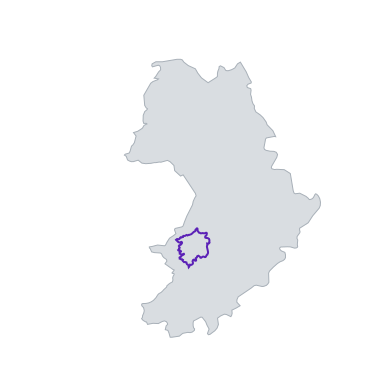 location of Kissidougou, Kissidougou, Guinea, rotated 57°
{"feature_id": "49546643B59034527585113", "entity_name": "Kissidougou", "entity_type": "district", "adm_level": 2, "iso_a3": "GIN", "parent_name": "Guinea", "parent_adm1": "Kissidougou", "projection": "natural_earth1", "projection_center": [-10.076, 9.254], "detail": "fine", "context": "in_parent", "style": "outline", "palette": "violet", "viewbox_px": 384, "rotation_deg": 57, "n_neighbors": 0, "source": "geoboundaries", "source_scale": "gbopen_adm2", "svg_char_len": 7433}
<svg xmlns="http://www.w3.org/2000/svg" viewBox="0 0 384 384"><g transform="rotate(57 192 192)"><path d="M229.8,251.6L227.1,251.2L225.9,251.8L222.3,256.6L220.2,258.5L216.9,257.9L215.7,258.2L214.8,257.7L216.0,255.0L217.7,249.8L222.1,244.4L222.2,243.3L220.4,240.2L218.5,236.0L218.5,231.4L218.2,228.2L214.3,227.3L213.6,226.7L213.5,225.6L215.6,219.9L215.8,218.8L215.5,217.8L213.2,214.9L209.4,209.5L203.0,198.5L200.6,196.2L198.4,192.8L197.5,190.7L195.1,189.9L172.8,190.1L172.4,192.9L164.7,194.9L159.9,192.7L154.6,193.9L152.1,195.4L150.1,201.8L149.0,203.2L147.8,206.1L146.8,207.7L145.6,210.8L143.1,215.3L140.5,218.3L136.0,219.8L134.6,224.6L133.5,226.4L131.8,227.7L130.0,228.6L126.3,227.7L124.2,228.6L123.9,227.4L125.1,223.6L124.1,221.7L120.6,217.8L120.3,215.9L119.2,213.4L114.6,208.4L110.3,208.7L111.5,204.5L111.5,198.9L110.0,195.9L110.4,192.7L109.6,192.9L108.2,195.1L105.8,194.4L101.1,191.1L98.8,187.8L98.5,185.1L98.0,184.0L96.5,184.6L93.6,184.5L84.6,179.7L78.3,167.4L78.1,164.6L79.1,159.8L78.9,158.5L75.9,161.7L75.4,159.6L73.1,154.6L72.5,151.8L70.3,150.5L68.6,150.3L67.3,151.2L65.5,157.0L64.2,157.0L62.8,155.7L63.1,151.4L66.6,146.0L72.5,132.4L74.5,129.3L75.9,128.2L78.6,128.1L83.9,126.3L90.5,122.1L95.5,122.4L101.4,121.9L109.1,119.0L109.2,109.8L109.0,107.8L106.3,106.0L104.7,104.4L103.3,102.3L101.6,100.9L101.7,99.4L105.1,97.4L108.3,97.5L109.3,96.7L110.1,95.4L111.0,92.1L111.3,88.6L109.3,84.0L109.4,80.7L120.7,81.1L126.9,82.1L132.0,82.3L132.8,83.1L132.1,86.3L132.7,88.2L134.5,88.7L137.3,86.5L138.8,87.0L142.0,89.7L144.9,90.5L148.1,92.0L151.1,92.8L153.8,92.7L155.9,94.3L159.6,94.8L164.5,92.8L168.3,91.9L173.7,91.7L176.5,92.4L184.7,90.8L191.2,91.7L190.2,92.8L187.2,100.1L187.6,101.4L194.1,107.6L195.7,108.0L197.4,107.2L200.3,104.3L202.5,101.2L204.6,99.7L207.1,99.8L209.1,102.0L213.8,111.2L214.9,112.3L216.1,112.3L218.1,110.6L219.1,108.6L223.5,102.5L230.1,99.5L246.0,106.4L248.4,107.0L249.7,106.4L251.7,102.3L257.7,98.8L260.6,97.9L262.2,97.8L262.8,96.6L263.1,95.0L262.8,93.2L261.0,90.1L260.9,89.2L262.0,88.6L264.2,88.2L267.2,88.5L270.5,89.8L273.2,91.8L274.8,94.1L277.7,103.7L281.1,111.3L281.0,121.5L282.5,122.5L284.1,123.0L284.9,123.8L286.5,128.0L288.0,129.2L289.9,129.5L293.3,132.2L295.5,133.2L295.8,134.0L295.7,135.1L294.9,136.6L291.6,139.4L289.9,141.8L286.5,147.5L286.5,148.6L287.2,149.4L288.6,149.5L290.1,149.1L293.2,147.0L295.6,147.8L298.0,149.4L298.9,151.0L299.1,153.2L298.5,156.1L298.5,159.2L299.3,164.6L300.5,170.0L301.7,171.9L309.6,176.7L310.4,178.4L310.8,180.4L310.2,183.2L309.4,184.7L305.1,188.9L304.4,190.9L304.8,194.6L305.1,210.4L306.8,213.0L308.8,214.4L313.6,213.6L313.4,218.0L312.8,222.9L315.6,224.4L317.0,225.9L317.7,227.3L313.4,229.9L312.1,231.4L311.5,235.5L311.7,239.3L317.5,242.0L319.8,245.1L320.8,248.4L321.2,254.6L320.6,256.0L319.1,256.1L316.2,252.3L311.6,251.9L308.2,251.2L302.6,251.7L301.7,252.8L301.0,261.0L302.4,262.4L305.0,264.0L306.8,264.6L308.3,264.4L309.4,265.5L309.6,268.2L308.9,270.2L307.4,272.0L305.5,276.8L306.0,281.1L302.8,288.1L301.9,289.4L297.7,288.1L294.9,287.6L292.9,289.4L290.2,286.6L289.7,284.5L288.7,284.1L286.8,284.1L285.1,285.3L284.4,287.5L284.0,291.9L280.9,296.2L278.8,301.4L276.3,300.9L275.7,301.6L273.1,302.9L270.8,303.3L270.2,301.9L268.8,300.8L267.3,298.5L265.6,296.7L262.4,295.5L261.1,296.0L259.6,295.9L258.6,295.2L258.7,294.1L260.4,291.3L261.4,288.8L261.9,286.1L261.9,283.4L261.0,279.7L259.6,276.8L259.2,275.1L259.4,272.7L259.0,270.4L258.6,269.2L257.9,265.0L257.0,264.2L256.5,260.8L256.7,257.3L255.4,255.9L253.5,255.0L252.3,253.6L251.6,252.1L250.9,251.6L250.3,251.7L249.7,252.7L249.0,252.9L247.9,249.6L247.4,249.4L246.6,250.2L237.5,253.8L236.3,250.7L234.6,250.2L231.6,251.4L229.8,251.6Z" fill="#d9dde1" stroke="#a8b0b8" stroke-width="1"/><path d="M223.8,226.1L223.8,226.5L223.9,226.9L224.1,227.4L224.4,227.6L224.5,228.1L224.5,228.4L224.5,228.6L224.4,228.8L224.2,229.1L223.8,229.5L223.5,229.9L223.3,230.2L223.4,230.6L223.4,231.4L223.8,231.4L224.1,231.3L224.4,231.2L224.6,231.2L224.8,231.1L225.1,231.0L225.3,231.0L225.7,230.9L226.1,230.7L226.3,230.8L226.6,230.6L226.8,230.5L227.1,230.4L227.5,230.2L227.8,229.7L227.9,229.3L227.9,228.9L227.9,228.7L227.9,228.4L228.0,228.1L228.3,227.9L228.9,227.9L229.3,228.1L229.5,228.5L229.8,229.0L229.8,229.3L230.0,229.7L229.8,229.9L229.9,230.1L229.9,230.4L230.0,230.9L229.9,231.2L229.8,231.6L230.0,231.8L230.0,232.2L230.1,232.4L230.5,232.4L230.8,232.5L231.2,232.7L231.6,232.6L231.9,232.6L232.1,232.7L232.2,233.0L232.3,233.4L232.4,233.8L232.6,234.0L232.9,234.0L233.2,234.0L233.3,234.5L233.2,234.9L233.2,235.2L233.3,235.2L233.5,235.3L233.8,235.2L234.0,235.0L234.3,234.7L234.5,234.3L234.6,234.0L235.0,233.9L235.2,233.7L235.3,233.6L235.6,233.5L235.9,233.6L236.0,233.9L236.0,234.3L235.9,234.6L235.9,235.0L236.0,235.4L236.2,235.5L236.5,235.6L236.8,235.7L237.1,235.9L237.3,235.7L237.7,235.4L238.2,235.2L238.6,234.9L238.8,234.8L238.8,234.5L239.0,234.1L239.1,233.7L239.2,233.1L239.2,232.8L239.4,232.5L239.8,232.6L239.9,233.0L239.9,233.8L239.7,234.3L239.7,234.7L239.8,235.1L239.9,235.6L240.0,236.1L239.9,236.4L239.9,236.7L240.1,237.0L240.2,237.6L240.1,238.0L240.3,238.3L240.7,238.4L240.9,238.1L241.2,237.9L241.4,238.4L241.8,238.1L242.0,238.2L242.4,237.9L242.8,237.6L243.1,237.5L243.3,237.3L243.3,236.9L243.9,236.8L244.0,236.7L244.2,237.0L244.5,237.2L244.7,237.3L244.8,237.3L245.3,237.1L245.7,237.0L246.0,237.0L246.5,236.9L246.9,236.0L247.4,235.5L248.1,235.0L248.9,235.5L249.5,235.5L249.9,235.5L250.0,235.5L250.5,235.1L251.4,235.0L251.9,235.1L253.3,235.7L253.1,235.0L252.1,233.5L251.9,233.2L252.2,233.0L252.6,232.6L252.8,231.7L252.8,230.9L252.4,230.1L251.7,229.7L251.0,229.4L250.4,229.3L250.2,229.0L250.0,228.8L249.7,228.3L249.6,227.9L249.6,227.6L250.1,227.2L250.7,227.1L251.1,226.9L251.5,226.6L251.6,226.4L251.7,225.9L251.3,225.6L250.8,225.4L250.3,225.3L249.6,225.1L249.5,224.6L249.5,224.2L249.6,223.9L249.4,223.4L249.1,223.0L248.9,222.9L248.7,222.5L248.8,222.0L248.9,221.4L249.2,221.3L249.5,221.1L250.0,220.9L251.0,220.6L251.7,220.7L252.1,220.3L252.1,219.0L252.0,218.5L252.1,218.3L252.2,218.0L252.4,217.6L252.7,217.3L253.2,216.9L253.6,216.7L253.9,216.1L253.6,215.2L253.2,214.7L253.0,214.3L252.9,213.9L252.9,213.2L252.4,212.7L252.0,211.9L251.2,211.3L250.0,210.8L249.0,210.4L248.1,210.1L247.4,209.8L246.7,209.6L246.4,209.4L245.7,209.1L245.3,208.7L245.0,208.2L244.5,207.9L244.3,207.8L244.7,207.7L244.3,207.0L243.8,206.4L243.9,206.2L244.3,205.6L244.0,204.9L243.5,204.9L243.2,204.7L242.9,204.3L242.3,203.9L241.5,203.5L240.6,203.3L239.6,203.7L238.9,204.3L238.2,205.2L237.4,205.7L237.0,205.5L236.5,205.1L236.3,204.7L236.3,204.1L236.1,203.4L236.0,203.2L235.6,202.8L235.3,202.6L235.1,202.4L234.7,202.0L234.1,202.1L233.7,202.7L233.7,203.2L233.5,203.9L233.1,204.5L232.7,205.0L232.2,205.5L232.0,206.1L231.8,206.5L231.5,206.9L231.4,207.1L231.3,207.3L230.9,207.5L230.5,207.7L230.3,207.9L229.9,208.3L229.4,208.4L229.0,208.3L228.3,208.3L228.1,208.3L227.7,208.5L226.8,208.3L226.7,208.1L226.3,207.6L225.8,207.4L225.6,207.4L225.2,207.6L225.2,208.1L225.4,208.6L225.5,209.1L225.5,209.5L225.9,210.0L226.4,210.4L226.6,210.9L226.6,211.4L226.5,211.7L226.4,212.3L226.6,213.1L226.7,213.7L226.8,214.3L226.9,214.8L227.0,215.5L226.8,216.3L226.6,217.1L226.5,217.7L226.2,218.2L226.0,218.4L226.1,218.8L226.0,219.4L225.7,219.5L225.3,219.9L225.0,220.1L225.0,220.4L225.1,221.3L224.9,221.9L224.8,222.2L224.6,222.4L224.2,223.0L224.3,223.2L224.3,223.3L224.2,223.5L224.2,223.9L224.8,224.2L224.4,225.1L224.5,225.5L224.4,225.8L224.0,226.0L223.8,226.1Z" fill="none" stroke="#5b21b6" stroke-width="2"/></g></svg>